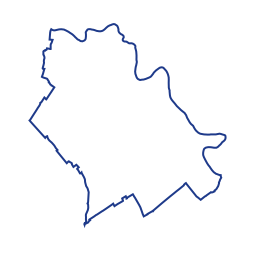 Radauti-Prut, Botosani, Romania, rotated 7°
{"feature_id": "2599482B66408843515913", "entity_name": "Radauti-Prut", "entity_type": "district", "adm_level": 2, "iso_a3": "ROU", "parent_name": "Romania", "parent_adm1": "Botosani", "projection": "albers", "projection_center": [26.824, 48.199], "detail": "fine", "context": "isolated", "style": "outline", "palette": "blue", "viewbox_px": 256, "rotation_deg": 7, "n_neighbors": 0, "source": "geoboundaries", "source_scale": "gbopen_adm2", "svg_char_len": 5598}
<svg xmlns="http://www.w3.org/2000/svg" viewBox="0 0 256 256"><g transform="rotate(7 128 128)"><path d="M96.7,229.4L96.8,228.7L100.1,226.5L100.2,225.6L101.6,224.2L100.9,223.5L105.3,219.8L107.0,218.2L107.5,217.9L107.8,217.7L112.5,213.7L113.1,213.3L116.1,210.7L121.3,206.1L122.5,204.9L124.1,207.2L127.0,204.7L130.9,201.8L131.9,201.0L131.9,200.7L131.1,199.2L130.9,198.8L130.8,198.6L134.1,196.0L134.6,196.9L134.9,197.4L135.1,198.2L135.6,197.9L135.5,197.5L135.6,197.3L140.9,193.2L141.8,194.3L142.3,195.1L143.3,196.2L148.5,203.1L150.0,205.3L152.0,209.3L153.1,211.6L154.4,213.8L157.9,211.3L157.8,211.0L162.2,207.7L162.4,207.5L162.6,207.7L162.9,207.7L163.1,207.4L163.0,207.1L163.3,206.7L171.1,198.2L178.3,190.6L181.6,187.2L183.7,185.0L186.5,182.2L190.4,178.1L190.5,177.4L191.7,176.0L192.2,175.6L192.8,176.3L202.1,185.4L204.3,187.6L205.8,188.4L207.7,189.6L208.9,190.4L212.7,186.5L213.5,186.1L213.7,185.7L218.2,181.6L218.8,181.8L219.3,181.7L220.0,181.4L221.7,180.3L221.7,180.1L221.4,179.9L221.6,179.5L222.8,178.3L223.3,177.6L223.7,176.7L223.9,176.1L224.5,175.0L224.9,173.0L225.1,171.7L224.9,171.0L225.4,169.6L225.7,168.0L226.6,165.9L226.2,165.1L226.0,164.8L225.9,164.3L225.8,163.5L224.8,163.5L223.9,163.4L221.5,162.8L220.6,162.6L219.9,162.1L219.2,161.8L218.3,161.2L216.5,159.6L214.7,157.6L213.8,156.5L212.4,155.2L210.8,153.3L209.5,151.5L208.3,149.8L206.8,147.5L206.3,146.5L205.9,145.6L205.7,144.3L205.6,143.0L205.7,141.6L205.9,140.2L206.1,139.6L206.3,139.2L207.5,138.1L209.0,137.5L210.2,137.2L212.1,137.0L213.4,137.0L216.0,137.1L217.6,136.9L218.1,136.8L219.0,136.2L219.8,135.5L220.1,135.1L220.6,134.4L221.6,133.3L222.5,132.0L223.1,130.8L224.8,129.1L225.6,128.0L226.0,126.8L226.0,125.7L225.9,124.9L225.6,123.9L225.3,123.5L224.4,123.2L221.9,122.8L221.0,122.6L219.5,122.5L216.1,123.6L212.4,124.1L211.2,124.2L209.7,124.6L207.2,124.9L204.2,125.1L200.7,124.9L199.8,124.7L198.2,124.0L196.5,122.8L195.6,122.1L194.1,120.4L192.3,117.8L191.8,117.5L190.9,116.9L190.1,116.4L188.6,114.9L186.6,112.2L185.6,110.9L184.8,109.5L184.2,108.3L183.7,107.7L182.7,106.6L182.4,106.2L180.1,104.8L178.5,103.8L176.9,102.6L173.8,100.3L172.4,98.9L171.4,97.9L169.2,95.9L167.8,94.5L166.9,93.3L166.4,92.5L166.2,92.1L165.6,90.3L164.8,86.6L164.7,85.6L164.5,85.2L163.9,83.9L163.6,83.0L162.9,78.3L162.5,74.5L162.4,74.0L162.3,73.5L162.3,73.1L161.6,71.1L161.0,69.7L160.3,68.5L159.5,67.3L158.7,66.4L155.9,64.0L155.0,63.7L153.7,63.7L152.2,64.3L151.6,64.8L148.9,67.3L147.4,69.2L146.8,70.0L146.5,70.8L146.0,71.7L144.7,73.8L144.2,74.4L142.9,75.3L139.5,77.2L138.5,77.6L137.6,78.0L136.1,78.3L134.1,78.9L133.1,78.6L132.0,78.2L131.3,77.7L130.6,76.9L130.1,76.1L129.0,73.8L128.8,73.5L128.2,71.1L128.2,70.4L128.2,67.4L128.3,65.9L128.5,64.9L128.6,63.2L128.7,62.3L128.7,61.8L128.6,60.8L128.2,59.7L128.0,58.6L127.9,57.4L127.6,54.9L126.9,51.3L126.5,50.1L125.4,47.4L125.4,46.9L125.4,46.2L125.2,45.5L124.5,44.8L123.7,44.2L122.6,43.7L121.5,43.5L120.9,43.5L119.3,43.8L118.8,43.8L118.3,43.6L116.1,42.5L115.0,42.5L114.2,42.6L113.6,42.5L112.9,42.3L112.4,41.9L112.1,41.5L112.0,41.0L112.1,40.1L112.6,38.9L112.7,38.5L112.6,38.0L112.4,37.4L112.1,36.9L111.6,36.6L110.8,36.1L109.8,35.8L108.9,35.3L108.5,35.0L107.7,34.4L107.1,33.6L106.7,32.7L106.6,32.2L106.5,31.2L106.1,30.1L105.5,28.9L104.9,28.0L104.5,27.7L102.7,26.8L102.2,26.6L101.2,26.6L100.7,26.7L99.2,27.4L98.8,27.7L97.3,28.4L95.6,29.6L95.0,30.3L94.4,30.9L93.2,32.4L92.5,33.2L91.3,34.3L90.5,34.8L89.2,35.3L87.9,35.5L86.9,35.5L85.0,35.4L83.3,35.0L82.3,34.8L81.3,34.7L80.2,34.7L78.7,34.5L77.6,34.6L76.6,34.8L76.2,35.0L75.8,35.3L75.0,36.7L74.4,38.1L74.9,40.5L75.0,41.5L75.1,42.5L75.1,44.5L75.0,45.0L74.8,45.4L74.3,46.2L73.5,46.8L72.2,47.5L70.3,47.5L68.6,46.6L67.9,46.5L66.6,45.8L65.8,45.1L64.6,44.3L63.7,43.5L61.9,42.2L60.9,41.6L58.6,40.5L57.3,39.8L54.4,38.7L53.4,38.4L52.5,38.1L51.5,38.1L49.7,38.1L47.7,38.5L46.8,38.8L43.8,39.9L42.9,40.1L42.2,40.1L41.6,40.0L40.8,39.8L39.8,39.3L39.3,40.7L39.1,42.5L39.4,49.8L42.4,49.7L41.9,52.2L41.7,52.7L41.6,53.3L41.2,54.0L41.1,54.9L41.6,58.9L41.6,59.0L41.1,59.1L40.5,59.0L37.9,58.8L37.8,59.7L37.7,60.1L37.3,60.4L37.1,60.6L36.8,60.8L36.7,60.9L36.6,60.6L36.2,60.8L35.6,61.4L35.0,61.8L34.7,62.3L34.7,62.5L35.1,65.6L35.5,65.9L36.3,67.5L36.6,68.7L36.4,70.0L36.3,70.6L36.3,71.3L36.4,72.4L36.7,73.5L36.5,75.7L36.0,79.1L36.1,79.3L36.2,79.5L36.4,79.6L37.8,79.5L37.6,80.6L37.0,84.7L36.3,87.7L36.7,87.9L38.1,88.3L41.4,88.9L41.8,89.1L42.0,89.3L42.4,89.9L43.3,90.9L43.7,91.4L43.8,91.5L43.7,92.2L43.8,92.5L44.5,92.7L45.6,94.3L46.2,94.5L46.6,94.8L46.9,95.2L47.4,95.2L49.9,96.6L43.4,109.6L43.1,109.5L42.4,108.7L41.3,107.9L39.0,112.7L38.6,113.2L38.3,113.3L37.8,113.9L38.0,114.4L37.7,115.6L37.3,116.6L35.9,119.3L35.8,119.6L33.9,123.6L33.3,124.8L29.8,132.1L29.4,132.5L30.1,133.2L30.9,133.9L47.0,147.9L47.4,147.1L48.0,146.4L48.5,146.1L48.8,146.0L49.3,147.3L49.9,148.2L50.5,149.1L51.6,150.1L54.1,151.8L55.7,153.2L57.0,154.4L58.9,156.8L60.7,158.4L59.9,159.3L71.5,170.4L73.1,168.3L73.3,168.3L73.8,168.5L74.5,168.9L76.0,169.5L76.4,169.7L76.6,170.0L76.8,171.0L78.6,173.3L81.2,170.8L82.6,171.9L83.9,173.0L82.7,174.4L82.5,174.8L82.8,175.1L83.6,175.8L85.3,178.1L85.8,178.8L86.2,179.4L86.3,179.7L86.3,179.4L86.5,179.0L86.9,178.4L87.3,177.8L87.5,178.3L90.3,182.2L91.3,183.9L91.6,184.7L92.0,186.8L92.6,188.4L93.6,190.8L94.9,192.4L95.3,193.0L96.8,196.5L97.4,206.0L97.4,207.0L97.2,207.3L97.3,207.6L97.2,207.7L97.0,207.9L97.0,208.0L97.5,208.4L97.6,208.6L97.8,209.1L98.3,212.2L98.1,214.5L96.9,218.5L96.8,219.2L96.9,220.3L97.1,221.2L97.3,222.7L97.3,223.6L97.6,224.4L97.8,226.2L97.8,226.7L97.5,227.4L97.3,227.4L96.7,227.5L96.6,228.1L96.4,228.4L96.4,228.8L96.7,229.4Z" fill="none" stroke="#1e3a8a" stroke-width="2"/></g></svg>